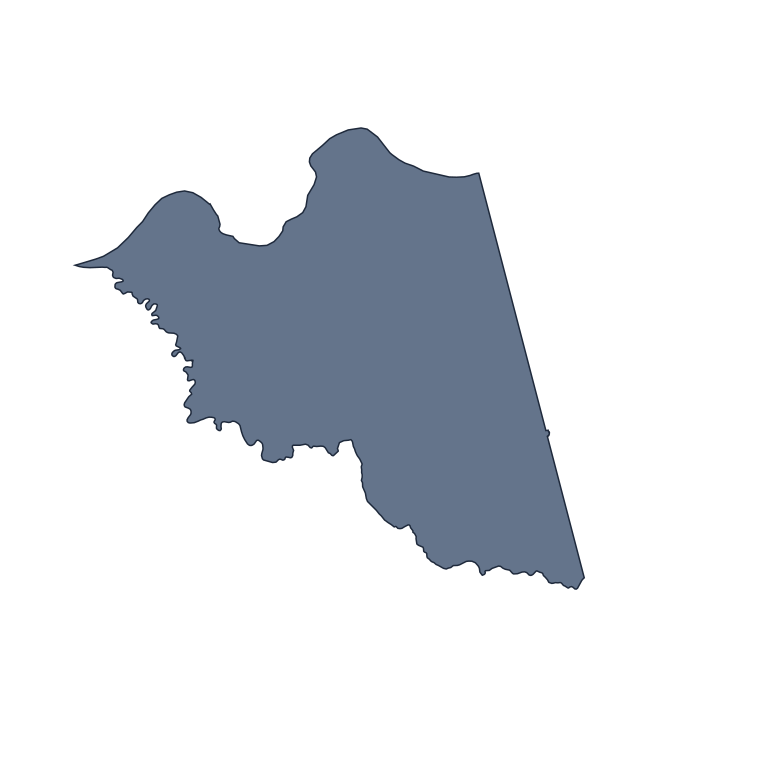 Puerto Triunfo, Antioquia, Colombia, rotated 237°
{"feature_id": "7082276B75593797021396", "entity_name": "Puerto Triunfo", "entity_type": "district", "adm_level": 2, "iso_a3": "COL", "parent_name": "Colombia", "parent_adm1": "Antioquia", "projection": "albers", "projection_center": [-74.698, 5.958], "detail": "fine", "context": "isolated", "style": "filled", "palette": "slate", "viewbox_px": 768, "rotation_deg": 237, "n_neighbors": 0, "source": "geoboundaries", "source_scale": "gbopen_adm2", "svg_char_len": 6171}
<svg xmlns="http://www.w3.org/2000/svg" viewBox="0 0 768 768"><g transform="rotate(237 384 384)"><path d="M509.2,578.3L510.2,576.5L511.3,573.0L512.0,569.8L514.0,564.2L517.9,557.5L522.1,551.4L541.2,532.9L550.6,527.5L557.8,521.9L563.9,518.7L572.1,515.6L574.9,514.8L594.7,513.1L606.9,508.7L611.2,504.2L616.6,492.3L618.9,479.9L619.3,472.1L617.6,462.3L616.0,449.3L613.9,444.8L610.9,442.4L606.8,441.4L599.1,442.0L594.4,440.2L589.3,434.0L583.8,422.8L575.2,415.1L572.0,409.2L571.7,401.9L572.7,396.4L573.4,390.4L570.7,385.0L567.6,382.5L564.9,376.2L563.3,369.3L564.0,361.4L567.7,354.7L581.4,339.4L587.5,337.7L590.1,337.7L594.9,333.0L597.6,330.9L599.6,329.9L601.6,329.5L603.7,329.8L604.3,330.1L605.6,332.0L607.3,333.5L615.4,336.1L617.5,335.8L622.8,335.8L629.8,336.2L629.8,335.6L640.0,332.3L648.5,327.9L654.5,321.9L657.8,314.6L659.6,307.0L660.7,298.7L659.0,289.6L655.9,279.6L651.7,270.0L649.9,261.9L646.1,249.3L643.3,234.7L643.9,218.3L645.8,210.1L651.8,189.7L648.5,192.4L645.5,195.6L641.7,200.8L635.4,211.4L633.7,213.6L633.1,214.8L632.2,215.6L628.8,217.0L627.8,217.8L626.8,217.9L625.2,217.6L623.3,215.8L622.6,215.4L621.1,215.2L620.2,215.5L618.4,216.8L617.0,219.4L616.2,220.1L614.3,221.5L613.0,221.7L612.5,221.4L612.4,220.7L612.6,219.6L614.2,215.8L614.5,214.8L614.2,213.2L613.8,212.6L611.8,211.1L610.4,211.0L609.6,211.4L608.4,212.5L606.3,213.8L602.2,214.1L601.5,214.4L601.1,215.9L600.9,219.0L598.4,222.3L598.0,222.5L596.6,221.8L594.4,221.4L589.8,223.3L589.1,223.3L586.5,222.0L585.2,222.2L584.6,222.7L583.9,223.6L583.7,224.9L584.0,226.0L585.0,227.8L585.1,230.1L584.4,231.9L583.2,233.0L582.2,233.0L581.4,232.4L580.7,228.6L579.8,227.0L578.6,226.3L577.7,226.1L575.6,226.0L574.8,226.3L574.3,227.0L574.4,228.9L576.2,232.1L576.5,234.2L576.4,234.8L575.7,235.9L574.6,236.8L574.1,237.0L573.3,236.6L572.6,235.9L570.0,232.6L569.5,228.2L569.3,227.6L568.6,227.0L567.7,226.8L567.4,227.1L566.0,230.0L565.3,230.8L563.9,231.3L562.7,231.4L561.9,231.0L561.6,230.1L561.9,228.8L563.2,225.5L563.3,224.2L562.7,222.3L561.9,222.1L560.5,222.6L560.0,223.0L559.0,225.2L557.7,226.6L556.4,226.9L553.7,226.1L552.7,226.2L550.7,228.7L549.6,229.3L546.4,229.8L545.2,230.4L544.1,231.3L541.0,235.5L538.9,236.9L537.1,237.3L536.4,237.0L532.3,233.0L530.3,230.6L529.1,230.5L525.6,232.6L524.9,232.8L524.4,232.7L524.4,230.8L526.0,227.3L526.1,226.0L525.7,223.8L525.1,222.8L524.6,222.3L523.4,221.9L521.8,222.4L521.1,223.5L521.1,224.9L522.3,228.4L522.2,229.8L521.9,230.5L520.4,231.3L517.5,231.5L514.3,231.3L514.4,230.9L512.6,230.7L511.6,230.7L510.7,231.4L509.1,234.8L507.8,235.5L508.5,236.0L507.9,236.6L505.5,234.4L503.4,233.1L502.8,232.0L503.3,230.8L505.4,228.6L506.3,227.0L506.3,225.4L505.9,224.4L505.2,223.6L504.6,223.3L503.7,223.4L502.5,224.2L501.5,224.5L498.5,224.6L497.7,224.2L494.6,221.5L493.6,221.4L492.8,222.3L492.0,225.6L491.4,226.8L490.2,227.3L489.3,227.1L488.1,226.6L486.9,225.3L485.8,221.1L484.6,217.7L483.9,217.2L481.6,217.6L480.2,217.1L479.7,213.6L479.4,212.7L476.8,206.6L475.7,205.3L474.5,204.7L473.1,204.7L470.1,206.9L468.4,207.7L467.5,207.7L466.2,207.3L464.5,206.2L463.7,205.1L462.4,201.4L461.2,199.3L459.9,198.6L458.3,198.8L457.4,199.5L456.7,200.4L454.9,203.8L454.0,208.1L453.7,210.6L453.0,213.0L452.4,216.6L451.5,219.2L450.1,221.2L448.4,223.0L447.5,223.4L446.6,223.3L446.0,223.0L445.1,221.2L444.5,220.6L443.2,220.5L442.0,221.1L440.7,221.2L438.2,219.4L436.8,219.4L436.0,219.7L435.0,220.2L434.2,221.1L434.5,222.4L435.0,223.1L436.9,224.0L439.0,225.5L439.7,226.2L440.1,227.4L440.0,228.1L439.4,229.5L436.3,232.8L435.6,234.4L435.4,236.6L434.3,238.0L433.4,238.8L429.9,240.4L427.6,240.6L421.6,238.5L417.4,237.4L413.2,236.9L408.1,236.9L405.9,237.7L404.8,239.0L404.6,239.8L404.4,240.4L404.4,242.4L406.0,246.4L405.5,247.8L404.3,248.5L401.5,249.4L400.1,249.4L399.3,249.2L396.1,247.6L394.8,246.6L392.3,243.7L390.7,242.3L387.5,241.3L385.9,241.6L378.8,247.8L377.5,250.4L377.3,251.1L378.0,254.3L377.7,255.7L376.8,256.6L375.4,257.5L374.9,258.5L374.9,259.7L376.0,261.2L376.1,262.1L374.6,263.9L373.4,265.0L373.0,265.5L372.7,266.5L372.9,267.2L373.7,268.5L375.8,270.0L377.5,272.0L380.9,272.7L382.0,273.6L382.1,274.5L378.4,280.2L376.3,285.4L374.1,287.0L370.9,287.5L369.9,288.3L369.8,288.7L370.3,290.4L370.2,291.1L368.2,293.6L366.4,297.1L365.1,298.8L364.5,299.3L362.6,300.0L356.6,299.9L355.0,301.0L352.6,301.4L351.6,302.2L351.5,302.8L352.6,309.0L353.3,309.4L355.2,309.8L359.1,314.7L358.4,319.4L356.2,323.6L355.4,325.9L353.6,326.2L352.5,326.0L348.3,324.3L345.7,324.0L342.9,323.2L339.7,322.7L338.2,322.6L334.3,322.8L329.4,322.2L328.7,322.0L327.1,320.0L326.1,319.4L324.4,318.7L321.9,317.0L319.8,316.3L317.7,314.9L315.4,312.5L312.9,312.2L309.4,310.1L302.7,309.0L297.5,306.8L294.4,306.2L282.2,308.8L277.8,309.2L275.0,309.9L269.6,310.4L265.2,312.1L262.2,313.5L258.6,314.7L258.1,316.3L257.6,316.6L255.4,317.0L254.0,318.6L253.2,320.4L253.1,323.8L252.7,327.5L251.9,328.4L251.2,328.6L248.8,328.0L245.2,328.3L243.9,327.5L242.0,328.2L238.5,327.9L236.8,326.6L232.1,324.5L231.4,324.5L229.8,325.2L225.9,327.8L224.5,327.5L222.1,326.2L221.0,326.4L219.5,327.4L218.6,327.5L215.8,326.0L214.7,325.7L212.2,326.6L210.3,326.8L208.9,327.3L206.9,328.7L204.3,329.4L202.2,330.8L197.0,333.5L195.4,335.0L194.9,335.6L194.6,337.6L193.7,340.0L194.0,343.2L191.9,346.7L191.2,348.9L190.4,356.4L189.4,358.5L187.5,361.2L184.3,363.3L180.3,363.9L178.4,363.8L177.2,363.5L174.1,362.0L170.3,362.2L170.0,362.4L169.7,364.4L169.9,365.3L170.5,366.1L171.8,366.6L172.1,367.5L170.3,370.8L170.5,374.2L168.9,381.0L167.5,382.5L164.8,383.4L162.6,384.8L159.4,388.0L155.1,388.7L154.1,389.3L152.2,392.6L151.1,397.3L149.9,399.6L148.1,401.0L144.7,401.7L143.5,402.9L143.2,404.0L143.2,405.4L144.2,409.5L144.0,410.4L141.2,412.2L139.9,413.4L138.7,413.9L136.5,413.4L134.1,414.0L130.6,414.5L128.2,414.2L127.6,414.4L125.4,416.1L124.7,417.6L124.1,419.5L122.5,421.6L121.5,423.7L120.4,424.4L117.3,424.8L116.0,425.7L112.9,427.1L112.4,427.7L112.5,429.3L112.0,430.9L110.8,431.7L108.1,432.5L107.3,433.5L107.3,435.0L111.6,443.0L112.2,445.1L112.4,446.4L251.2,492.5L251.2,493.2L250.9,493.2L251.0,494.1L251.4,494.1L251.9,495.3L252.4,495.7L253.5,496.0L253.4,496.3L253.8,496.4L253.9,496.2L254.6,496.3L255.0,496.1L255.8,496.5L256.8,494.4L509.2,578.3Z" fill="#64748b" stroke="#1e293b" stroke-width="1.5"/></g></svg>